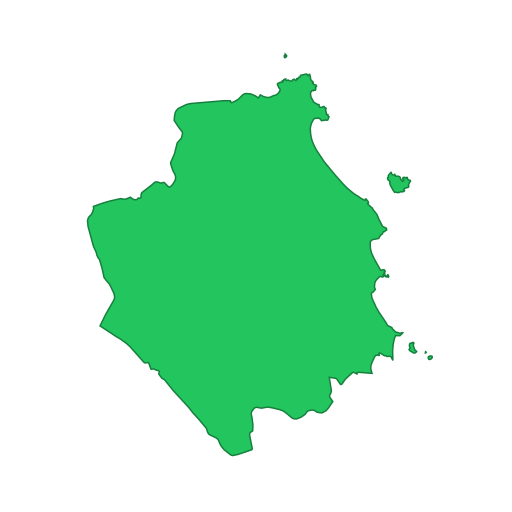 outline of Tuy An, Phú Yên, Vietnam, rotated 344°
{"feature_id": "81297802B47177978604160", "entity_name": "Tuy An", "entity_type": "district", "adm_level": 2, "iso_a3": "VNM", "parent_name": "Vietnam", "parent_adm1": "Phú Yên", "projection": "robinson", "projection_center": [109.271, 13.262], "detail": "fine", "context": "isolated", "style": "filled", "palette": "green", "viewbox_px": 512, "rotation_deg": 344, "n_neighbors": 0, "source": "geoboundaries", "source_scale": "gbopen_adm2", "svg_char_len": 6113}
<svg xmlns="http://www.w3.org/2000/svg" viewBox="0 0 512 512"><g transform="rotate(344 256 256)"><path d="M86.8,280.2L99.3,294.8L102.9,298.6L107.4,304.4L110.0,308.6L119.1,327.6L119.8,328.2L122.9,328.7L123.4,329.4L123.8,335.7L124.2,336.1L126.3,336.2L128.5,338.1L130.7,339.4L131.2,340.1L130.8,341.3L130.1,342.2L130.1,343.0L131.8,347.5L134.0,349.8L139.2,362.2L149.6,383.1L152.0,389.1L156.0,397.2L160.8,408.0L160.9,411.9L161.4,414.0L162.5,415.4L167.3,419.6L168.8,421.6L169.2,423.1L169.7,427.5L170.6,430.4L171.9,433.3L176.8,440.2L178.5,441.4L184.2,441.8L198.5,441.1L199.3,440.3L200.5,426.4L201.1,424.8L201.7,424.1L204.2,423.4L204.7,423.0L206.5,417.5L207.7,409.3L207.8,406.7L208.4,405.1L209.9,403.6L212.5,401.7L214.7,401.5L219.4,403.8L225.4,404.4L229.7,406.4L236.2,410.1L239.4,412.4L242.0,415.7L245.7,421.3L246.8,422.4L248.1,423.2L250.2,423.8L254.7,423.4L259.5,421.8L262.7,419.3L265.8,419.3L267.4,419.5L269.1,420.3L270.8,421.8L271.4,422.9L275.2,424.7L276.6,425.0L280.8,424.0L283.8,422.0L289.7,417.1L288.1,412.2L288.1,410.8L290.7,407.6L291.3,406.5L293.0,392.8L298.8,395.5L299.8,396.6L301.5,402.0L302.0,402.9L303.4,402.8L307.8,399.1L316.6,394.7L318.0,394.8L320.5,397.3L320.8,397.1L321.0,396.2L321.7,395.9L322.9,396.2L335.2,400.8L335.2,396.5L335.7,394.4L336.6,392.5L338.1,390.4L342.3,385.5L343.6,384.6L345.9,384.8L346.7,385.5L347.2,385.5L347.2,383.8L347.7,383.3L348.2,383.3L349.2,384.1L351.9,387.2L353.3,387.7L354.2,388.6L355.1,389.0L356.4,389.0L357.9,389.9L358.8,394.1L361.3,384.4L363.6,378.5L366.2,373.6L368.3,371.0L372.3,372.3L376.0,370.3L375.7,370.0L372.9,370.0L371.2,368.5L369.6,368.0L367.3,364.1L366.8,362.1L363.4,359.2L362.2,354.6L358.7,343.9L357.3,338.2L356.6,333.0L356.3,332.0L355.9,328.1L356.4,324.4L356.9,323.4L358.6,323.0L361.5,321.0L361.3,318.5L362.7,314.9L363.8,313.3L365.3,312.1L368.9,310.0L369.7,309.8L371.5,311.0L372.1,311.1L374.1,310.3L374.8,310.7L374.8,311.4L375.2,311.9L376.5,312.3L377.3,312.9L377.9,312.5L377.9,311.6L377.4,310.9L377.6,310.4L377.2,310.4L376.6,311.4L376.1,311.4L375.3,311.1L374.8,310.0L373.2,310.1L372.9,309.6L373.7,308.5L374.9,308.4L374.8,306.8L375.1,306.6L375.8,306.7L375.8,305.0L374.9,304.3L373.4,304.1L372.2,304.3L371.7,303.4L368.8,291.0L367.9,285.3L368.0,280.9L368.7,277.3L369.7,274.2L371.1,272.8L373.0,272.4L378.7,273.0L381.0,270.8L382.1,270.1L383.5,269.7L384.9,268.0L385.5,267.7L386.1,268.0L387.7,267.2L388.6,267.2L389.0,266.0L388.8,265.0L386.0,262.7L385.8,262.2L384.3,254.7L383.7,249.4L381.3,243.6L381.1,242.1L378.0,237.4L377.9,236.4L378.7,236.1L378.8,234.6L377.6,231.7L377.0,231.4L376.4,232.5L375.8,232.3L372.8,229.5L370.4,226.5L367.6,223.5L362.6,216.3L359.4,210.4L354.2,199.5L347.5,184.1L343.2,170.5L342.2,165.3L341.7,160.8L341.8,157.2L342.2,153.6L343.2,148.9L344.2,146.5L346.0,143.6L349.2,140.3L350.3,140.0L352.7,140.3L355.0,141.2L356.3,144.0L360.5,144.5L361.4,145.1L362.5,145.0L364.6,142.3L363.8,141.0L364.1,139.8L362.7,139.4L363.1,137.3L363.1,134.6L364.1,133.5L363.9,132.9L362.8,132.5L362.9,131.6L362.6,131.0L359.7,131.1L358.3,130.5L358.0,129.6L358.0,128.7L358.4,128.2L358.2,127.7L357.2,127.5L354.3,124.5L353.7,122.9L352.7,118.4L353.0,115.4L353.6,113.9L355.3,112.6L356.2,112.6L356.7,112.9L357.5,112.4L358.2,113.0L358.7,113.0L359.5,112.0L359.6,110.2L360.3,110.1L361.0,109.6L361.0,108.5L358.9,107.0L358.1,105.8L358.0,105.1L358.4,104.5L358.7,104.7L358.7,104.0L357.9,103.0L357.2,101.3L357.6,99.4L357.7,96.2L357.2,96.0L355.9,97.1L355.7,97.0L355.0,95.3L354.6,94.9L348.5,94.6L347.6,96.1L346.4,96.0L344.7,97.5L344.4,96.7L344.1,96.7L342.7,98.3L342.1,97.7L341.4,96.5L339.7,96.8L338.6,97.7L337.5,97.4L335.5,95.8L333.3,95.5L333.1,94.9L333.4,94.1L332.3,93.9L331.3,94.2L330.4,95.5L329.6,94.8L329.0,96.1L327.1,95.6L326.7,96.0L325.7,95.9L324.2,96.2L323.8,97.3L324.3,99.1L324.2,100.2L325.1,102.3L325.0,102.9L324.3,104.0L322.3,105.7L320.0,106.7L316.8,106.7L312.9,107.3L310.7,106.8L307.4,105.0L304.5,102.3L301.9,104.7L299.3,101.7L295.8,98.8L291.0,97.0L289.3,97.0L287.5,97.5L282.3,100.4L278.6,101.4L275.5,101.9L274.4,101.6L274.1,99.7L267.7,97.8L235.1,91.4L230.9,91.2L222.0,92.7L219.4,94.3L218.0,95.8L216.4,98.7L214.7,103.1L217.2,111.1L219.1,115.8L219.3,116.8L219.1,118.0L216.9,122.0L211.4,125.6L205.8,135.3L199.6,142.8L199.4,144.3L199.6,150.8L200.5,155.1L200.6,156.9L200.3,158.8L198.9,161.3L195.2,164.5L192.5,165.9L191.5,165.7L190.5,164.6L188.2,160.3L187.5,159.8L184.6,159.7L181.7,157.7L180.5,157.2L179.0,157.2L175.5,158.9L163.5,163.7L162.3,165.6L161.6,168.1L161.1,168.4L160.2,168.5L159.4,167.9L158.7,167.8L157.3,168.8L156.4,168.9L154.6,168.4L152.6,166.5L151.6,164.9L146.5,165.4L144.5,164.9L141.7,163.5L130.9,162.9L123.6,162.9L113.4,163.5L113.0,165.6L111.4,168.2L109.3,170.6L106.4,172.2L105.1,173.4L103.7,175.8L102.7,181.4L102.4,201.7L103.4,208.3L103.3,211.6L103.6,213.6L104.4,215.8L104.6,217.5L104.6,226.4L104.0,234.6L105.1,237.7L107.2,242.2L107.8,244.7L109.1,252.8L109.0,254.9L108.6,257.1L107.4,259.0L95.6,270.5L86.8,280.2ZM411.5,216.6L409.5,215.4L409.1,214.8L409.1,213.0L408.8,212.8L405.8,214.7L405.3,215.3L405.0,216.5L404.2,217.0L403.7,218.1L403.9,219.1L405.2,221.1L404.6,223.4L404.7,225.1L406.0,231.0L406.8,233.0L407.9,233.1L409.7,234.2L411.5,234.4L412.9,234.1L414.5,234.8L415.0,234.8L415.9,234.0L416.2,234.5L416.8,234.2L416.6,233.0L416.9,232.3L417.4,232.0L421.5,231.9L422.2,230.8L422.1,229.8L423.9,227.6L425.0,226.9L425.2,226.4L425.0,225.7L423.1,224.6L423.0,222.2L422.5,222.0L421.8,222.6L420.6,221.3L419.2,221.1L418.7,221.4L418.2,222.2L419.0,223.8L418.6,224.3L417.2,224.6L416.2,221.8L416.2,220.0L415.8,219.3L414.6,218.4L412.4,217.9L412.0,216.0L411.5,216.6ZM383.7,382.6L382.9,382.3L382.2,382.8L381.6,382.4L381.0,382.7L380.3,382.4L379.5,382.8L378.7,384.4L378.7,386.9L377.3,388.1L377.8,389.5L381.0,392.9L382.5,393.0L384.1,392.2L383.8,391.4L382.9,390.3L382.5,386.8L382.7,385.0L383.7,383.3L383.7,382.6ZM395.7,403.3L397.4,402.3L397.6,401.6L397.4,400.7L395.8,400.0L394.1,400.3L393.5,401.0L393.5,402.7L394.1,403.3L395.7,403.3ZM340.7,71.8L339.9,70.2L339.7,71.0L339.4,70.4L338.5,71.6L338.3,70.8L338.1,73.1L339.0,73.4L339.6,73.0L339.5,72.4L340.0,72.8L340.5,72.4L340.7,71.8ZM392.4,396.0L393.1,395.5L392.6,394.8L392.0,395.9L392.4,396.0Z" fill="#22c55e" stroke="#15803d" stroke-width="1.5"/></g></svg>